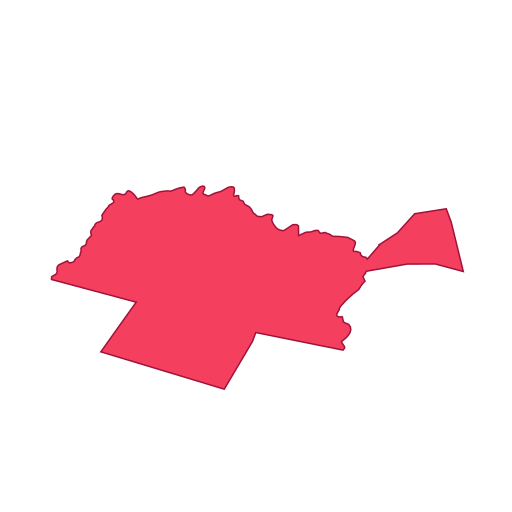 the district of Hveragerðisbær, Suðurland, Iceland, rotated 329°
{"feature_id": "244011B51739533992730", "entity_name": "Hveragerðisbær", "entity_type": "district", "adm_level": 2, "iso_a3": "ISL", "parent_name": "Iceland", "parent_adm1": "Suðurland", "projection": "robinson", "projection_center": [-21.201, 64.001], "detail": "fine", "context": "isolated", "style": "filled", "palette": "rose", "viewbox_px": 512, "rotation_deg": 329, "n_neighbors": 0, "source": "geoboundaries", "source_scale": "gbopen_adm2", "svg_char_len": 4768}
<svg xmlns="http://www.w3.org/2000/svg" viewBox="0 0 512 512"><g transform="rotate(329 256 256)"><path d="M173.9,135.1L172.6,134.2L171.7,133.1L170.7,132.1L168.9,130.8L167.9,130.5L166.9,130.5L166.2,130.7L164.8,131.0L164.0,131.4L163.0,131.9L162.7,132.3L162.5,132.5L162.2,132.8L162.1,133.1L162.2,133.8L162.4,134.2L162.7,134.7L162.6,135.1L162.2,135.8L161.9,136.3L161.4,136.8L160.5,136.9L159.5,136.9L158.6,136.9L157.9,136.9L156.8,136.9L156.1,137.0L155.3,137.3L155.0,137.6L154.5,137.9L153.6,138.2L152.7,138.3L151.7,138.6L149.7,139.5L147.9,140.3L146.2,141.1L144.9,141.7L144.3,143.3L143.7,144.6L142.9,145.4L142.5,145.8L142.4,145.8L141.8,146.1L140.9,146.1L139.8,146.1L139.2,146.0L138.5,145.9L137.4,145.6L136.8,145.5L136.0,145.6L134.9,145.8L134.3,146.0L133.6,146.7L133.3,147.0L133.2,147.3L132.2,147.3L131.4,147.6L131.2,147.6L130.5,148.0L129.7,148.5L129.1,148.7L128.5,148.9L127.8,149.2L127.3,149.7L126.8,150.2L126.5,150.7L126.2,151.4L126.0,152.2L126.0,152.7L125.7,153.4L125.2,153.8L124.6,153.9L124.4,154.0L123.2,154.2L122.1,154.6L121.2,154.9L120.0,155.1L119.3,155.5L118.2,156.3L117.6,157.0L117.3,157.4L116.9,158.1L116.0,158.5L115.2,158.8L114.2,158.8L113.6,158.7L112.9,158.6L112.4,158.5L111.9,158.5L110.9,158.7L110.1,159.3L109.6,159.7L109.4,160.2L109.1,160.8L108.9,161.5L108.3,162.0L107.7,162.5L107.1,162.9L106.2,164.0L105.5,164.7L105.1,164.9L104.2,165.4L103.2,165.6L102.7,165.4L101.9,165.3L100.6,165.4L100.1,165.6L98.8,165.9L98.4,166.3L97.9,166.6L97.3,166.8L96.7,167.0L95.8,166.9L93.8,166.3L92.9,166.0L92.7,165.8L92.2,165.3L92.1,165.1L92.0,164.1L92.0,163.7L92.0,163.2L91.1,162.9L89.9,162.8L87.9,162.6L86.6,162.4L86.4,162.4L84.2,162.2L83.4,162.1L82.7,162.1L82.1,162.1L81.3,162.3L80.6,162.6L79.9,163.1L79.2,163.9L78.8,164.4L78.3,165.3L78.0,165.9L77.7,166.6L77.2,167.4L76.4,168.0L75.7,168.3L75.0,168.5L74.0,168.6L73.6,168.5L72.9,168.5L72.0,168.5L71.2,168.4L70.6,168.5L70.0,168.7L69.7,169.2L69.2,169.8L68.6,170.8L128.7,233.0L129.6,233.8L73.9,258.1L73.6,258.2L160.2,353.8L161.7,353.0L209.0,327.4L216.4,321.5L281.7,381.1L282.2,381.5L284.8,380.4L285.2,378.8L285.1,377.3L285.0,376.3L284.9,374.2L285.2,373.4L287.2,373.1L290.3,372.6L291.6,372.4L294.7,371.3L297.1,370.1L299.3,368.0L300.4,365.4L300.3,363.1L300.0,361.9L297.7,359.0L297.1,357.3L297.8,355.0L298.6,353.1L298.4,352.2L296.4,351.5L295.0,350.1L294.6,349.2L294.9,347.8L295.8,347.1L297.5,346.1L299.2,345.2L299.8,344.8L300.0,344.4L300.3,343.9L301.2,343.4L302.3,342.9L303.6,342.3L305.6,341.8L309.1,340.7L312.9,339.8L320.2,338.4L324.9,337.9L326.9,337.6L329.9,336.0L333.5,334.5L334.3,334.3L336.5,333.7L336.9,329.4L337.0,329.0L337.4,328.6L337.9,328.4L338.8,327.9L339.7,327.6L340.7,327.3L342.7,325.9L381.5,340.8L405.6,355.2L425.7,376.1L440.6,328.1L440.8,327.4L443.4,313.5L442.4,313.1L413.8,301.5L389.1,309.0L367.3,309.8L367.5,310.2L350.1,315.9L349.8,316.0L349.6,313.9L348.6,312.8L347.3,311.8L346.9,310.8L346.4,309.5L347.0,306.9L344.5,303.8L342.0,302.3L342.5,300.8L346.5,297.5L348.2,295.7L348.3,293.9L344.3,287.4L337.5,282.2L331.8,278.5L330.6,275.7L328.4,273.0L327.2,271.3L323.7,270.1L322.8,269.6L322.5,267.7L322.5,266.3L321.3,265.3L319.5,264.5L315.8,263.7L314.9,263.4L312.4,262.0L310.8,261.3L309.6,261.2L307.6,260.9L305.0,260.7L303.1,260.4L307.9,252.1L307.2,250.3L306.4,249.6L303.6,248.1L292.8,248.6L292.6,248.4L290.3,246.6L288.7,244.4L287.8,241.9L287.5,239.3L287.4,236.8L288.0,233.2L290.4,231.1L291.3,230.2L291.0,229.0L289.5,227.7L288.4,227.0L287.8,226.3L286.0,225.9L283.8,225.6L282.3,225.4L281.0,225.2L280.4,224.7L280.0,224.5L279.4,224.1L278.9,223.6L278.4,223.3L277.8,222.8L277.3,222.1L277.2,221.4L276.8,219.9L276.5,219.2L275.9,217.9L275.9,216.0L276.1,214.4L275.9,212.1L275.6,210.7L275.2,209.6L273.5,207.0L272.8,205.2L273.3,202.6L271.6,200.3L270.8,199.3L271.0,197.7L272.0,195.7L272.1,195.4L271.7,195.0L271.0,194.5L270.3,194.3L269.6,194.1L268.6,194.0L268.1,193.7L268.0,192.7L268.4,192.0L269.6,190.8L271.1,189.0L272.4,186.6L272.0,185.1L270.6,184.0L267.8,182.9L264.9,182.7L262.4,182.7L259.8,182.6L258.4,182.4L254.7,181.3L252.7,180.9L251.9,180.7L248.0,180.4L247.7,180.3L246.0,180.0L245.7,179.7L245.2,179.1L244.2,177.4L243.6,176.8L242.9,176.0L243.0,174.4L247.1,171.5L247.5,170.0L246.6,168.7L245.4,168.4L244.5,168.1L242.6,168.0L241.2,168.3L239.5,169.0L236.4,169.9L233.5,170.6L233.0,170.7L231.9,170.3L230.4,169.2L228.7,166.8L228.5,164.5L229.7,162.7L230.0,160.3L228.9,159.4L224.9,158.1L220.7,157.2L218.7,157.0L216.8,156.6L215.3,155.9L214.0,154.8L211.9,153.7L208.4,152.1L205.3,151.1L202.6,150.7L199.2,150.2L196.1,149.5L193.4,148.7L191.2,148.0L187.8,146.9L186.0,146.6L184.7,146.5L184.2,146.4L184.0,146.0L183.7,145.4L183.4,142.7L183.1,140.4L182.3,137.5L181.6,136.0L181.1,135.3L180.6,134.5L179.5,134.2L178.5,134.4L178.2,134.5L177.9,134.6L177.3,135.0L176.4,135.5L175.5,135.6L173.9,135.1Z" fill="#f43f5e" stroke="#9f1239" stroke-width="1.5"/></g></svg>